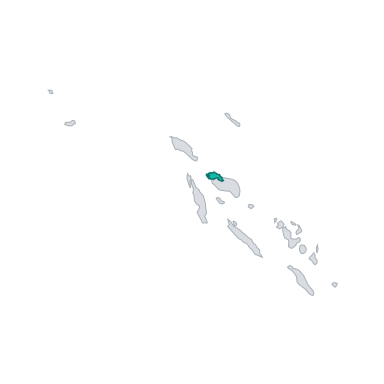 East Guadalcanal, Guadalcanal, Solomon Islands (highlighted), rotated 189°
{"feature_id": "97153195B16319119687534", "entity_name": "East Guadalcanal", "entity_type": "district", "adm_level": 2, "iso_a3": "SLB", "parent_name": "Solomon Islands", "parent_adm1": "Guadalcanal", "projection": "robinson", "projection_center": [160.747, -9.822], "detail": "fine", "context": "in_parent", "style": "filled", "palette": "teal", "viewbox_px": 384, "rotation_deg": 189, "n_neighbors": 0, "source": "geoboundaries", "source_scale": "gbopen_adm2", "svg_char_len": 6528}
<svg xmlns="http://www.w3.org/2000/svg" viewBox="0 0 384 384"><g transform="rotate(189 192 192)"><path d="M148.7,193.7L154.9,198.8L157.5,198.3L165.7,198.4L170.4,202.1L173.3,203.8L174.8,207.0L176.8,207.8L178.0,209.5L178.7,212.5L175.7,214.1L173.9,214.6L169.2,213.5L164.7,211.2L155.8,210.9L151.6,210.2L150.2,209.3L148.8,208.1L146.7,205.3L145.1,201.9L144.8,200.0L144.7,196.3L145.2,194.9L146.9,193.5L148.7,193.7ZM176.7,163.1L183.7,172.6L183.4,174.3L182.5,175.4L182.2,178.5L183.1,179.8L185.0,180.3L188.2,183.7L189.6,189.2L191.0,191.1L191.0,195.1L194.1,200.6L194.4,203.3L194.1,204.5L192.8,203.8L189.1,197.5L184.9,194.8L184.5,193.6L180.2,190.0L177.4,183.8L174.3,172.9L175.8,170.3L172.3,164.9L172.4,163.5L174.9,163.8L175.4,163.1L176.7,163.1ZM151.4,167.8L152.3,170.8L148.6,168.2L145.7,164.9L137.5,161.4L135.8,159.5L134.3,159.3L130.1,156.3L126.0,154.3L122.9,150.7L121.3,150.1L118.8,147.2L116.2,145.4L115.4,141.9L112.9,139.5L112.3,138.5L120.1,140.4L123.7,144.2L126.8,146.3L127.9,147.9L130.7,150.0L133.1,150.2L135.6,152.3L137.9,152.9L139.7,154.0L151.3,163.5L149.9,166.0L151.4,167.8ZM203.8,229.2L207.4,231.1L209.4,230.8L212.5,232.1L214.8,231.4L216.2,233.0L219.9,239.5L219.9,241.7L222.3,243.2L220.3,243.4L217.5,242.7L215.3,243.2L213.0,241.9L209.2,241.3L205.8,239.8L198.9,235.0L198.9,232.6L197.8,231.4L197.4,228.4L194.9,227.5L192.0,227.3L191.8,225.9L192.3,223.4L194.5,223.4L197.1,224.5L203.8,229.2ZM85.0,131.7L85.9,132.8L83.7,134.7L80.9,133.7L80.2,132.0L78.2,132.4L74.2,131.5L68.6,126.9L62.8,118.3L57.1,113.5L56.0,112.0L55.9,109.6L56.6,108.6L60.2,109.7L64.7,113.6L72.2,117.7L74.2,119.8L75.5,124.8L76.8,126.2L80.8,130.1L85.0,131.7ZM92.8,160.8L94.6,163.4L96.7,169.2L96.3,171.2L94.8,171.3L94.4,172.6L92.5,169.8L89.8,169.0L87.9,167.3L87.1,161.7L85.6,161.3L81.3,161.8L79.9,163.7L77.9,163.1L77.5,161.4L77.8,159.8L80.4,158.2L81.0,156.1L83.6,152.6L85.2,151.9L88.2,153.2L88.6,158.3L89.7,160.0L92.8,160.8ZM171.9,274.3L169.9,275.4L168.2,274.8L166.8,274.0L165.7,271.5L163.3,270.0L159.9,269.3L158.2,267.8L155.8,267.3L155.2,266.0L155.4,264.6L155.7,263.9L157.9,264.5L168.3,271.0L171.9,274.3ZM62.6,150.6L62.1,151.0L61.1,149.3L60.4,148.8L60.5,146.8L57.6,143.7L57.4,141.6L59.0,139.4L61.2,140.7L63.4,143.3L66.0,144.2L65.5,146.0L63.2,149.1L62.6,150.6ZM76.8,155.7L75.6,157.0L72.5,156.8L70.2,153.5L70.2,151.1L72.1,148.8L74.3,148.4L75.5,149.3L76.6,151.2L77.0,153.6L76.8,155.7ZM102.5,174.9L99.8,177.4L97.8,176.5L96.1,174.4L97.0,171.1L98.6,170.4L99.5,169.3L102.5,170.2L103.2,170.8L101.4,172.4L102.4,173.7L102.5,174.9ZM327.7,241.1L323.1,241.8L321.3,244.1L318.9,243.8L318.1,241.9L318.1,241.0L319.4,241.2L320.1,239.3L321.4,238.4L324.7,238.0L328.5,239.0L327.6,240.7L327.7,241.1ZM199.2,204.9L199.3,209.5L197.2,207.0L196.2,207.9L195.3,206.7L195.5,201.4L194.0,196.2L195.2,196.7L199.2,204.9ZM82.4,175.8L82.4,176.3L80.8,175.4L77.4,171.1L78.0,169.6L81.1,166.8L82.1,166.5L83.0,168.2L82.2,170.8L81.2,171.4L80.8,173.8L82.4,175.8ZM160.4,184.8L162.8,185.2L167.1,189.4L166.1,190.7L164.1,190.1L163.4,190.3L162.8,188.9L160.6,187.6L158.7,187.5L158.4,186.0L160.4,184.8ZM132.9,188.9L129.6,188.5L128.6,187.4L129.8,185.8L131.3,184.7L132.6,185.7L134.0,185.9L134.2,188.0L132.9,188.9ZM38.7,124.2L35.9,125.0L34.1,124.0L34.9,121.5L35.9,120.3L39.4,122.5L38.7,124.2ZM146.9,169.3L145.6,169.7L143.6,168.5L142.7,167.4L143.1,165.8L144.3,165.2L145.6,166.3L145.8,167.4L146.9,169.3ZM349.9,270.0L347.4,270.5L346.4,270.4L344.8,267.7L346.0,267.0L347.8,267.3L348.4,268.9L349.9,270.0ZM89.6,177.3L89.5,178.4L87.9,178.0L84.3,176.3L84.2,175.6L86.2,175.3L87.7,175.5L89.6,177.3ZM60.5,156.1L59.9,159.3L58.5,155.4L58.8,152.1L59.3,151.7L60.5,156.1ZM106.6,178.5L104.5,179.4L103.9,178.1L105.4,174.7L106.6,178.5Z" fill="#d9dde1" stroke="#a8b0b8" stroke-width="1"/><path d="M164.8,210.9L165.1,210.9L165.1,211.0L165.3,211.0L165.5,211.1L165.9,211.4L166.1,211.6L166.2,211.8L166.4,212.0L166.7,212.2L167.1,212.5L167.4,213.1L167.6,213.5L168.0,213.4L168.3,213.3L168.5,213.3L168.8,213.3L169.1,213.3L169.4,213.4L169.5,213.4L169.5,213.5L169.9,213.6L170.1,213.6L170.3,213.6L170.4,213.8L170.5,213.9L170.8,214.0L171.1,214.1L171.2,214.3L171.6,214.3L171.8,214.3L172.0,214.3L172.3,214.4L172.4,214.5L172.6,214.8L172.8,214.9L172.9,215.0L173.0,215.0L173.4,215.2L173.5,215.1L173.4,214.9L173.6,214.7L174.2,214.3L174.4,214.2L175.0,213.9L175.3,213.8L175.5,214.0L175.6,213.9L175.8,213.9L176.0,213.8L176.3,213.7L176.4,213.8L176.6,213.8L176.7,213.7L176.8,213.6L177.0,213.4L177.1,213.5L177.5,213.4L177.8,213.3L177.9,213.1L178.0,213.2L178.3,213.0L178.3,212.9L178.3,213.0L178.4,212.9L178.6,212.8L178.7,212.7L178.8,212.7L179.0,212.5L179.0,212.4L179.0,212.2L178.9,212.0L178.9,211.9L178.8,211.7L178.7,211.8L178.6,211.7L178.4,211.7L178.4,211.4L178.3,211.2L178.3,210.9L178.2,210.9L178.3,210.8L178.2,210.7L178.1,210.4L178.0,210.2L177.9,210.2L178.0,210.1L177.9,210.1L178.0,210.1L178.3,209.9L178.5,209.7L178.4,209.5L178.3,209.4L178.2,209.4L178.2,209.5L178.3,209.6L178.2,209.6L178.1,209.4L178.0,209.2L178.0,209.3L177.9,209.3L177.9,209.2L177.7,209.0L177.3,208.9L177.4,208.7L177.3,208.4L177.2,208.4L177.1,208.5L177.0,208.4L176.9,208.2L176.5,208.2L175.4,207.9L174.0,208.0L172.5,207.8L171.9,208.8L171.4,208.8L171.0,209.1L169.8,210.0L169.0,210.0L168.7,209.7L168.2,209.5L167.9,209.6L167.8,209.4L168.0,209.2L168.2,208.7L168.2,208.4L165.7,207.7L164.0,207.5L163.9,207.3L162.8,208.3L164.6,210.0L164.8,210.5L164.8,210.8L164.8,210.9ZM180.4,211.0L180.4,210.9L180.2,210.8L180.0,210.4L179.9,210.3L179.7,210.2L179.6,210.3L179.8,210.7L180.0,210.9L180.0,211.1L180.1,211.4L179.9,211.3L179.8,211.2L179.8,211.3L179.7,211.4L179.6,211.5L179.9,211.6L180.1,211.6L180.3,211.6L180.3,211.2L180.4,211.0ZM179.1,209.9L179.0,210.0L178.9,210.1L178.7,210.1L178.4,210.3L178.5,210.4L178.6,210.5L178.4,210.5L178.4,210.8L178.5,210.9L178.8,210.8L178.8,210.6L178.7,210.6L178.8,210.5L179.0,210.5L179.0,210.4L178.9,210.3L179.0,210.2L179.0,210.3L179.0,210.1L179.1,209.9ZM178.8,211.5L178.7,211.3L178.7,211.2L178.8,211.1L178.6,210.9L178.4,210.9L178.3,211.0L178.4,211.4L178.5,211.6L178.8,211.6L178.8,211.5ZM179.6,211.7L179.4,211.6L179.2,211.5L179.1,211.4L179.0,211.5L179.3,211.8L179.5,211.8L179.6,211.7ZM177.9,208.8L177.8,208.7L177.7,208.6L177.5,208.4L177.4,208.4L177.4,208.5L177.5,208.5L177.8,208.8L177.9,208.8ZM179.3,211.1L179.2,211.1L179.3,211.1L179.3,211.1ZM179.6,211.4L179.5,211.2L179.5,211.3L179.6,211.4ZM179.2,210.8L179.2,210.7L179.1,210.8L179.2,210.8ZM178.1,208.5L178.0,208.4L178.0,208.5L178.1,208.5ZM179.7,211.8L179.7,211.7L179.7,211.8L179.7,211.8ZM178.0,208.8L177.9,208.8L178.0,208.8ZM177.6,208.8L177.5,208.7L177.5,208.8L177.6,208.8Z" fill="#14b8a6" stroke="#0f766e" stroke-width="1.5"/></g></svg>